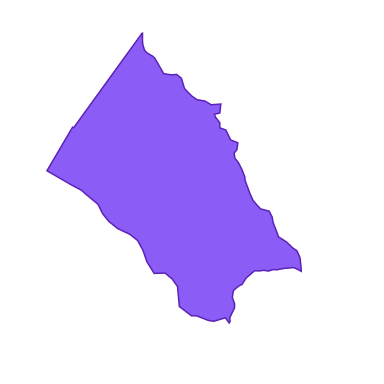 the district of Akrounta, Limassol, Cyprus, rotated 305°
{"feature_id": "46923920B9676059299864", "entity_name": "Akrounta", "entity_type": "district", "adm_level": 2, "iso_a3": "CYP", "parent_name": "Cyprus", "parent_adm1": "Limassol", "projection": "equal_earth", "projection_center": [33.086, 34.766], "detail": "fine", "context": "isolated", "style": "filled", "palette": "violet", "viewbox_px": 384, "rotation_deg": 305, "n_neighbors": 0, "source": "geoboundaries", "source_scale": "gbopen_adm2", "svg_char_len": 1386}
<svg xmlns="http://www.w3.org/2000/svg" viewBox="0 0 384 384"><g transform="rotate(305 192 192)"><path d="M176.6,57.0L126.2,61.0L128.6,88.9L130.0,100.2L129.2,107.7L128.0,122.0L122.9,131.4L120.2,140.8L119.4,152.2L121.7,165.5L121.1,175.2L116.1,185.3L109.0,195.0L103.6,207.7L110.2,216.5L109.3,225.9L106.3,234.3L98.3,241.1L90.9,247.3L90.3,262.6L93.2,266.8L96.2,279.1L98.6,284.0L108.1,291.5L106.0,297.6L108.0,297.4L110.5,295.1L115.7,294.2L121.3,293.4L124.8,291.1L127.2,287.7L128.8,285.5L134.3,282.8L135.9,282.6L142.0,284.3L145.1,286.0L152.5,285.7L163.3,288.4L166.2,292.7L169.1,295.8L171.0,299.9L174.4,302.5L175.0,303.0L177.1,306.3L181.6,310.6L183.9,313.3L188.5,318.8L189.3,323.7L189.7,327.0L192.8,324.6L200.1,318.2L204.0,311.8L204.0,306.5L205.3,297.9L204.9,288.7L213.5,276.0L217.4,272.1L220.6,266.2L217.5,257.9L218.6,252.5L220.2,246.8L223.7,240.8L232.0,228.7L234.5,226.8L238.7,220.6L242.8,213.0L244.2,207.8L248.1,204.2L252.5,204.5L258.0,201.6L258.6,201.3L258.3,199.9L256.8,193.8L260.0,188.2L262.2,184.1L260.5,178.0L264.7,175.0L266.9,168.0L268.6,165.8L272.7,169.5L280.3,165.3L280.6,165.2L274.5,157.7L273.9,150.2L270.5,143.2L270.5,136.4L272.4,126.6L279.1,118.1L279.5,112.0L276.2,108.0L272.7,101.0L280.3,84.7L280.7,82.1L280.4,78.6L280.2,74.8L281.0,71.7L284.4,67.3L287.6,64.6L293.7,60.4L293.1,59.9L293.0,60.0L177.0,58.2L176.6,57.0Z" fill="#8b5cf6" stroke="#5b21b6" stroke-width="1.5"/></g></svg>